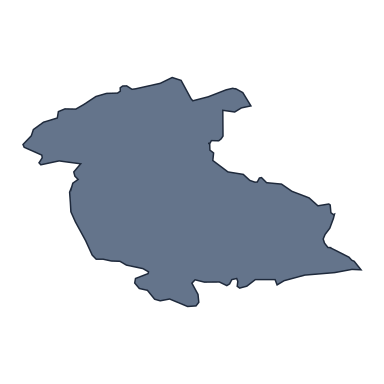 SVG path tracing the border of Stirling
{"feature_id": "GBR-2016", "entity_name": "Stirling", "entity_type": "Unitary District", "adm_level": 1, "iso_a3": "GBR", "parent_name": "United Kingdom", "parent_adm1": "", "projection": "robinson", "projection_center": [-4.325, 56.249], "detail": "fine", "context": "isolated", "style": "filled", "palette": "slate", "viewbox_px": 384, "rotation_deg": 0, "n_neighbors": 0, "source": "natural_earth", "source_scale": "10m", "svg_char_len": 1800}
<svg xmlns="http://www.w3.org/2000/svg" viewBox="0 0 384 384"><path d="M330.6,247.6L330.6,247.9L349.0,257.2L351.7,260.2L354.2,261.3L361.0,269.8L351.9,269.4L334.7,272.6L304.7,275.1L284.1,280.7L277.1,284.9L275.1,279.6L255.3,279.6L246.8,286.2L241.8,287.5L239.7,288.1L237.2,286.3L237.8,281.4L236.7,278.5L231.8,279.6L229.6,283.9L226.8,285.6L219.4,282.0L204.3,282.1L195.1,279.8L191.9,283.2L198.0,294.4L198.8,302.3L196.0,305.9L187.6,306.5L169.6,299.0L168.1,299.3L160.2,300.8L154.6,299.2L147.4,290.3L139.3,288.5L134.7,283.0L135.5,278.5L148.1,273.6L148.5,271.8L142.9,268.6L126.4,265.1L119.8,261.2L119.9,261.3L111.4,261.0L103.1,259.2L96.2,259.2L92.2,255.1L85.6,240.6L75.4,221.9L70.9,211.8L70.3,201.6L70.2,200.8L70.2,200.2L69.6,192.2L71.1,188.4L71.2,188.8L72.8,183.2L76.5,180.6L78.1,179.4L74.9,176.2L74.1,173.3L73.8,171.9L80.7,163.8L63.4,161.5L59.2,160.9L56.7,161.4L40.8,164.8L39.3,163.1L39.0,162.8L39.9,161.5L42.2,157.8L42.0,156.3L41.8,155.1L24.2,147.3L23.0,144.5L31.3,135.8L32.3,132.8L33.4,129.5L43.5,122.2L57.3,118.0L58.2,112.7L58.4,111.6L64.9,108.9L75.8,109.1L83.8,104.5L95.9,96.5L106.5,93.4L117.5,93.1L120.3,91.2L120.2,87.8L122.7,86.0L126.7,85.9L132.0,89.3L135.7,88.8L160.3,83.3L172.2,77.5L181.1,80.4L191.0,98.7L192.8,100.8L208.2,96.8L226.2,89.8L232.7,88.3L235.4,88.9L235.7,88.7L242.8,92.6L250.9,105.9L241.4,107.9L234.7,112.0L222.8,110.3L223.0,136.1L221.1,138.9L218.7,140.8L211.4,140.6L210.0,143.2L208.2,143.3L209.7,143.9L209.9,150.1L213.6,153.0L212.8,160.5L227.9,171.9L243.3,174.4L249.8,180.4L255.0,182.2L257.3,182.0L259.4,178.0L261.5,177.6L266.6,182.7L281.5,184.1L291.9,191.3L309.1,197.9L317.9,205.8L328.8,204.0L330.2,205.0L330.9,212.7L333.4,214.6L334.5,214.1L333.4,218.5L329.8,228.2L325.1,234.4L323.2,239.0L324.5,243.1L327.9,247.5L330.6,247.6Z" fill="#64748b" stroke="#1e293b" stroke-width="1.5"/></svg>